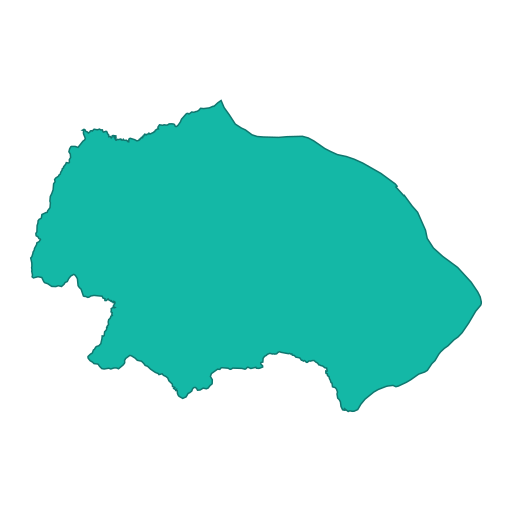 the district of El Guamo, Bolívar, Colombia
{"feature_id": "7082276B46514766114019", "entity_name": "El Guamo", "entity_type": "district", "adm_level": 2, "iso_a3": "COL", "parent_name": "Colombia", "parent_adm1": "Bolívar", "projection": "albers", "projection_center": [-74.975, 10.036], "detail": "fine", "context": "isolated", "style": "filled", "palette": "teal", "viewbox_px": 512, "rotation_deg": 0, "n_neighbors": 0, "source": "geoboundaries", "source_scale": "gbopen_adm2", "svg_char_len": 6000}
<svg xmlns="http://www.w3.org/2000/svg" viewBox="0 0 512 512"><path d="M82.5,130.2L83.7,130.5L83.4,132.5L83.5,133.8L85.3,138.3L84.7,139.9L83.0,141.1L78.0,147.4L75.1,146.4L71.6,146.4L70.9,146.7L69.6,148.9L68.9,151.8L70.3,154.0L70.6,157.5L69.3,159.7L69.4,162.4L68.7,163.0L66.3,162.6L65.7,164.2L63.6,166.7L63.6,167.7L62.3,168.7L62.0,170.3L60.8,172.1L60.2,174.2L58.9,175.1L58.5,176.2L55.6,178.1L54.6,179.6L55.1,181.7L53.6,183.8L53.1,189.8L51.7,193.7L50.3,196.5L49.9,201.1L50.4,202.8L50.0,207.7L47.7,210.7L47.2,212.4L45.9,212.6L41.9,214.5L41.4,217.7L41.0,218.4L39.2,219.3L38.1,220.7L37.9,223.2L37.1,225.5L36.9,231.9L35.9,233.3L36.0,235.1L36.3,235.9L37.8,236.6L39.0,238.6L40.3,239.1L40.5,239.6L39.0,241.7L36.9,242.8L36.5,244.8L34.5,248.4L34.2,250.2L33.0,252.2L33.0,253.1L31.8,256.8L30.7,258.0L31.8,262.9L31.9,266.3L31.6,267.6L32.0,270.2L31.7,271.0L32.5,275.0L32.1,276.8L33.4,277.9L38.0,276.7L41.8,277.5L43.8,281.7L44.7,282.7L47.7,283.7L51.7,286.4L55.8,286.6L58.3,285.7L61.5,286.5L64.0,284.3L65.1,282.5L67.3,281.5L68.7,278.6L70.8,276.0L73.7,274.4L74.6,274.7L76.0,276.3L77.4,278.7L78.1,285.7L79.4,287.6L81.1,289.2L83.4,296.0L84.3,296.4L85.5,296.4L87.8,297.4L89.3,297.0L90.7,296.0L94.0,295.4L102.1,296.2L103.0,298.1L105.0,298.7L104.8,300.1L105.1,300.6L106.4,300.5L108.1,298.9L109.3,300.4L110.5,300.5L110.8,301.1L111.4,300.8L111.6,301.6L112.4,301.6L113.2,302.7L113.5,302.6L113.9,301.4L115.0,302.2L114.8,303.5L113.2,306.2L113.5,306.8L115.0,307.5L114.4,307.8L113.1,307.5L111.2,308.6L111.3,310.3L111.0,311.9L112.2,312.6L111.8,314.3L112.3,315.4L111.0,316.1L110.1,318.4L108.7,319.6L108.2,321.9L108.5,324.6L107.0,326.4L107.2,327.4L106.6,327.6L106.7,328.9L106.2,330.1L104.6,331.8L104.2,335.4L103.5,336.1L102.2,335.9L102.0,338.4L100.8,343.7L98.8,345.8L96.7,346.4L95.7,347.1L94.4,349.4L93.4,350.0L92.5,352.6L91.7,353.5L90.6,354.0L88.2,356.3L87.9,356.9L88.2,358.3L90.1,360.7L92.6,362.2L94.0,363.6L97.6,364.0L98.3,364.4L99.6,366.4L101.8,368.6L104.1,369.0L108.8,368.2L110.8,369.0L113.8,368.0L115.4,367.9L116.7,368.0L118.5,368.8L123.0,365.1L124.3,363.5L124.7,362.7L124.6,360.2L125.2,359.5L125.5,358.6L129.8,355.4L131.4,355.8L135.1,358.1L137.3,360.3L141.5,361.2L143.8,363.5L145.1,365.4L147.6,366.3L150.6,369.2L155.3,372.4L158.3,373.6L158.9,374.6L162.2,373.8L163.4,375.3L165.8,376.4L167.7,377.9L168.9,380.8L172.3,384.1L172.5,386.5L174.7,387.4L173.7,388.5L175.3,389.5L176.3,389.3L175.8,390.5L177.2,390.6L177.5,393.6L178.4,395.6L179.2,396.4L182.7,398.4L186.1,396.9L188.1,393.4L189.7,392.7L191.8,391.0L192.4,389.1L193.6,387.7L195.1,387.4L195.8,387.7L196.8,388.8L197.5,390.2L200.1,390.0L203.2,388.1L206.3,388.8L208.1,388.1L210.2,385.4L211.9,384.1L212.2,383.3L212.3,379.7L210.4,376.5L211.4,373.6L217.5,369.2L219.8,369.4L221.2,367.8L222.0,367.7L228.1,368.2L230.1,369.3L231.0,369.2L232.8,368.1L241.8,368.4L245.0,369.2L246.0,368.7L247.4,367.3L248.0,367.2L250.8,368.5L255.9,367.3L256.4,368.2L258.8,368.4L260.0,368.1L262.7,367.0L262.6,365.8L260.9,364.1L260.7,363.0L261.1,362.4L262.8,362.1L263.1,358.3L264.6,356.3L266.3,355.4L267.4,354.3L269.9,353.3L272.4,354.0L273.8,353.8L274.7,354.1L276.6,353.8L278.1,352.3L279.8,351.7L281.0,352.3L285.8,353.2L288.5,353.7L289.6,353.4L290.9,354.1L291.8,353.9L292.3,355.1L294.4,355.5L295.8,357.1L299.8,357.9L301.4,360.2L302.6,360.4L303.3,361.1L304.6,360.6L306.4,362.3L307.4,362.3L309.1,360.9L310.7,361.1L312.0,360.6L314.1,360.5L315.7,362.0L317.5,363.0L319.0,365.0L319.8,365.0L321.1,365.7L322.5,365.9L324.9,367.8L326.6,368.0L327.2,370.9L326.9,371.2L325.8,371.0L325.9,373.1L326.3,373.6L327.4,373.8L327.5,375.6L329.0,376.7L329.5,378.8L330.2,379.9L331.0,382.5L332.0,383.2L332.5,386.8L335.4,387.7L336.5,389.2L337.5,392.0L337.0,394.0L337.7,398.1L339.2,399.6L340.4,401.8L341.0,406.5L342.5,409.6L342.9,409.2L343.9,410.2L345.0,410.2L344.9,409.0L348.2,411.5L349.8,410.8L352.2,411.3L354.1,411.2L357.7,409.6L360.8,404.3L365.1,399.1L373.7,392.1L378.2,389.5L386.2,386.4L387.9,386.0L393.0,385.4L395.9,386.7L398.3,386.1L406.4,382.3L410.8,379.7L418.7,374.1L424.7,372.0L427.3,370.4L431.9,363.6L435.0,360.6L438.7,354.3L440.7,351.8L444.3,348.4L448.0,345.8L454.0,339.8L458.0,337.0L462.1,332.7L468.6,323.2L475.7,311.2L480.7,305.2L481.2,303.7L481.3,302.0L480.2,296.9L477.7,291.9L471.1,282.1L457.6,267.4L442.7,256.4L433.4,248.0L427.2,238.4L425.5,230.2L417.6,212.3L412.0,205.9L404.3,195.4L403.9,195.8L395.9,187.0L397.1,186.2L395.3,184.0L380.9,173.4L362.8,163.1L354.2,159.2L346.3,156.5L337.4,154.6L330.8,151.6L324.9,148.6L313.8,140.9L308.2,137.9L302.4,136.3L287.2,136.7L278.6,137.4L263.5,137.0L257.2,136.5L252.0,134.8L245.4,129.9L241.5,128.1L235.3,124.1L229.2,114.7L224.1,107.6L221.1,100.5L217.8,102.8L213.9,106.4L213.2,106.2L209.3,107.9L203.6,108.6L200.6,108.3L198.8,110.3L197.1,111.4L196.0,111.5L193.9,112.3L191.7,112.0L189.4,113.8L188.6,113.9L188.0,113.4L187.1,113.4L186.2,113.9L181.5,119.2L180.3,122.1L178.2,125.1L176.7,126.4L176.0,126.6L175.2,126.2L174.5,124.6L173.8,124.1L171.8,123.8L169.1,123.9L167.5,125.0L166.4,125.1L164.0,124.8L162.8,125.3L159.5,124.8L157.9,127.2L158.4,128.8L157.8,128.7L155.3,130.3L154.7,131.6L154.0,131.8L153.7,132.3L150.0,134.0L149.0,133.2L148.8,133.8L147.0,134.2L146.6,134.8L145.3,134.7L144.9,134.1L144.1,134.8L143.9,135.8L142.8,136.2L142.7,137.6L142.0,137.8L141.4,137.4L141.0,138.2L140.2,138.6L140.1,139.4L139.2,139.5L139.0,140.3L137.4,140.8L136.7,140.8L134.8,139.7L130.3,138.3L129.4,138.6L128.9,139.3L128.7,141.8L127.5,141.5L127.2,140.7L126.3,140.2L125.0,140.4L123.7,140.0L123.3,139.4L123.0,140.0L121.9,140.1L121.0,139.7L121.2,139.3L120.4,139.0L118.7,139.6L117.4,139.4L116.5,140.2L115.9,140.2L115.1,138.9L115.9,138.6L116.0,137.8L114.6,137.5L115.1,136.5L115.9,136.4L115.9,135.9L114.4,135.7L113.9,136.4L113.3,135.5L112.6,135.6L112.1,135.9L111.8,137.4L111.2,137.9L110.2,136.5L108.7,136.7L108.7,134.9L107.9,134.2L106.7,131.5L105.9,131.3L103.5,132.1L102.9,131.6L102.4,129.9L100.6,129.9L99.6,129.1L97.3,129.8L94.1,129.2L92.3,131.0L91.6,130.7L90.4,130.9L89.8,132.0L88.3,133.0L87.3,131.9L86.1,131.5L85.5,131.0L85.2,130.0L84.0,129.3L82.5,130.2Z" fill="#14b8a6" stroke="#0f766e" stroke-width="1.5"/></svg>